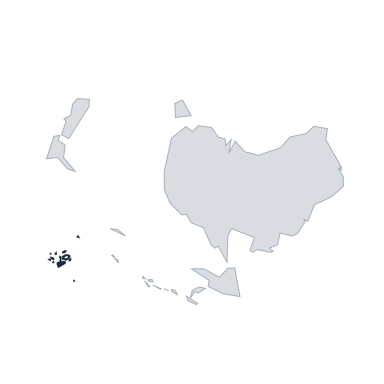 Oceania, with Fiji highlighted, rotated 170°
{"feature_id": "FJI", "entity_name": "Fiji", "entity_type": "country or territory", "adm_level": 0, "iso_a3": "FJI", "parent_name": "Oceania", "parent_adm1": "", "projection": "mercator", "projection_center": [179.313, -17.091], "detail": "fine", "context": "in_parent", "style": "outline", "palette": "slate", "viewbox_px": 384, "rotation_deg": 170, "n_neighbors": 6, "source": "natural_earth", "source_scale": "50m", "svg_char_len": 4834}
<svg xmlns="http://www.w3.org/2000/svg" viewBox="0 0 384 384"><g transform="rotate(170 192 192)"><path d="M162.9,80.7L178.9,86.3L192.5,96.2L190.4,102.0L206.0,116.4L193.6,114.3L179.6,103.1L170.2,110.7L163.1,109.8L162.9,80.7ZM214.6,85.4L215.5,90.3L205.8,81.3L207.1,80.2L214.6,85.4ZM208.7,95.1L201.6,97.2L195.4,94.7L203.5,91.4L206.5,93.4L212.4,87.6L208.7,95.1ZM224.0,92.9L229.6,98.2L229.0,99.5L225.8,98.2L224.0,92.9Z" fill="#d9dde1" stroke="#a8b0b8" stroke-width="1"/><path d="M279.3,140.6L282.1,143.3L280.7,143.9L279.3,140.6ZM279.6,139.9L276.8,138.3L276.7,134.8L279.6,139.9Z" fill="#d9dde1" stroke="#a8b0b8" stroke-width="1"/><path d="M265.2,160.3L278.9,170.1L271.6,167.8L265.2,160.3Z" fill="#d9dde1" stroke="#a8b0b8" stroke-width="1"/><path d="M255.8,115.8L254.8,117.4L253.2,114.7L255.8,115.8ZM251.4,106.2L254.1,112.8L249.9,106.2L251.4,106.2ZM251.1,113.2L246.6,112.8L246.0,110.3L248.9,111.0L251.1,113.2ZM240.0,101.7L246.9,107.2L239.4,102.2L240.0,101.7ZM234.6,100.4L236.4,101.8L232.0,98.5L234.6,100.4Z" fill="#d9dde1" stroke="#a8b0b8" stroke-width="1"/><path d="M329.5,250.0L318.4,270.7L312.3,270.7L314.9,265.9L308.7,260.3L312.5,248.3L303.4,232.6L310.9,236.6L318.2,249.3L329.5,250.0ZM278.6,294.0L304.1,266.1L310.6,271.1L303.7,283.2L305.4,286.2L298.1,288.6L294.4,299.1L288.7,303.8L276.9,301.1L278.6,294.0Z" fill="#d9dde1" stroke="#a8b0b8" stroke-width="1"/><path d="M179.6,267.3L195.3,268.3L193.6,282.3L185.4,284.3L179.6,267.3ZM97.0,220.3L86.0,229.2L69.2,229.7L60.9,235.5L47.6,230.9L51.1,220.3L40.1,189.3L42.1,191.4L40.6,186.9L44.1,190.2L40.4,180.8L41.9,171.6L55.1,163.1L73.5,158.3L83.1,143.0L86.8,146.0L85.3,143.9L95.0,133.0L101.1,131.1L112.4,136.4L116.9,125.2L125.5,123.3L122.2,119.5L124.6,118.8L137.6,123.9L142.9,122.1L145.0,124.4L138.5,136.5L159.5,149.0L164.2,142.9L169.7,116.8L175.9,134.4L178.8,132.7L182.4,136.4L186.9,154.9L197.8,161.6L201.5,170.9L206.1,171.2L215.6,185.1L218.8,199.3L215.7,217.3L202.9,248.5L186.6,257.6L180.8,251.2L174.5,256.3L161.3,251.9L156.6,241.4L150.2,238.5L150.6,231.9L144.4,236.6L148.8,223.9L140.7,234.6L133.1,222.5L120.0,216.6L97.0,220.3Z" fill="#d9dde1" stroke="#a8b0b8" stroke-width="1"/><path d="M328.5,147.5L328.6,147.8L329.0,148.2L329.5,148.5L329.8,148.8L329.9,149.0L329.9,149.6L330.0,150.1L330.2,150.8L329.9,150.9L329.4,150.9L329.3,151.0L329.1,151.0L328.7,151.0L328.3,151.2L327.9,151.6L327.5,151.6L327.0,151.6L326.5,151.6L326.2,151.4L325.6,151.2L324.8,151.1L324.5,150.9L324.2,150.7L323.9,150.2L323.9,149.7L324.2,149.7L324.4,149.5L324.4,149.4L324.5,149.3L324.6,149.2L324.6,148.9L324.6,148.7L325.0,148.2L325.5,147.9L326.4,147.5L326.9,147.6L327.8,147.3L328.0,147.2L328.3,147.3L328.5,147.5ZM336.1,141.9L335.4,142.5L335.2,142.8L335.0,143.2L334.4,143.5L334.2,144.0L334.2,144.6L334.7,144.0L335.4,143.6L335.6,143.5L335.8,143.5L335.7,143.8L335.6,144.2L335.8,144.5L335.3,144.5L334.8,144.5L334.3,144.7L333.7,144.8L333.3,144.8L333.2,144.7L333.1,144.4L332.6,144.4L331.9,144.9L331.7,145.3L331.4,145.3L331.1,145.2L330.8,145.5L330.4,145.6L330.2,145.4L330.0,145.0L329.9,144.8L329.4,144.7L329.5,144.5L329.6,144.3L329.7,144.2L329.8,144.0L330.0,144.1L330.3,144.2L330.5,144.0L330.8,144.0L331.1,143.6L331.5,143.3L332.1,143.1L332.7,143.0L333.0,142.9L333.8,142.5L334.1,142.3L334.5,142.1L334.8,142.1L335.2,142.1L335.4,142.1L336.1,141.8L336.1,141.9ZM329.4,154.9L329.4,155.1L328.8,155.3L328.6,155.1L328.2,155.4L328.1,155.5L327.9,155.6L327.3,155.8L327.0,155.6L327.4,155.3L327.7,155.4L327.9,155.2L328.1,154.9L328.5,154.9L329.1,154.8L329.4,154.9ZM336.2,145.4L336.1,145.6L336.1,145.3L336.1,145.1L336.1,144.9L336.1,144.7L336.6,144.3L336.9,144.6L336.7,145.0L336.2,145.4ZM336.1,145.6L335.8,145.7L335.6,145.6L335.8,145.2L336.1,144.7L336.1,145.1L336.1,145.6ZM333.2,150.9L332.8,150.5L332.8,150.4L332.9,150.2L333.0,150.1L333.2,150.3L333.3,150.7L333.2,150.9ZM330.9,149.1L330.7,149.2L330.5,148.9L330.7,148.6L330.9,148.6L331.0,148.9L330.9,149.1ZM340.7,147.0L340.6,146.8L340.7,146.7L340.5,146.4L340.7,146.6L340.9,146.7L340.9,146.8L340.7,147.0ZM333.5,147.4L333.4,147.6L333.3,146.9L333.5,146.9L333.6,147.0L333.5,147.4ZM323.8,146.4L323.6,146.5L323.7,146.1L323.8,146.0L324.1,146.0L323.8,146.4ZM343.9,150.2L343.6,150.2L343.4,150.0L343.5,149.8L343.8,150.1L343.9,150.2ZM336.4,143.4L336.1,143.6L336.1,143.4L336.3,143.1L336.5,143.1L336.4,143.3L336.4,143.4ZM340.6,150.3L340.4,150.3L340.2,150.3L340.2,150.1L340.3,150.0L340.5,150.1L340.6,150.3ZM341.6,151.5L341.3,151.4L341.2,151.3L341.5,151.3L341.6,151.5ZM323.3,125.1L323.1,125.1L322.9,125.1L323.1,125.0L323.3,125.0L323.3,125.1ZM337.0,154.8L336.9,154.9L336.8,155.0L336.7,155.1L336.7,154.9L336.8,154.7L337.0,154.8ZM342.6,155.8L342.4,155.8L342.3,155.7L342.5,155.6L342.4,155.7L342.5,155.8L342.6,155.8ZM312.3,167.8L312.2,167.9L312.1,167.7L312.3,167.8ZM336.3,141.8L336.1,141.9L336.2,141.7L336.3,141.7L336.3,141.8ZM336.1,143.6L336.1,143.4L336.1,143.6Z" fill="none" stroke="#1e293b" stroke-width="2"/></g></svg>